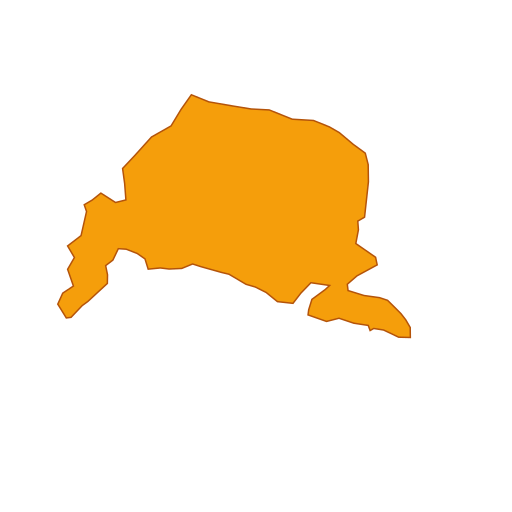 outline of Maronas, Paphos, Cyprus, rotated 30°
{"feature_id": "46923920B90699774301121", "entity_name": "Maronas", "entity_type": "district", "adm_level": 2, "iso_a3": "CYP", "parent_name": "Cyprus", "parent_adm1": "Paphos", "projection": "natural_earth1", "projection_center": [32.67, 34.763], "detail": "fine", "context": "isolated", "style": "filled", "palette": "amber", "viewbox_px": 512, "rotation_deg": 30, "n_neighbors": 0, "source": "geoboundaries", "source_scale": "gbopen_adm2", "svg_char_len": 1289}
<svg xmlns="http://www.w3.org/2000/svg" viewBox="0 0 512 512"><g transform="rotate(30 256 256)"><path d="M392.1,263.5L394.2,259.9L403.5,256.3L420.1,255.0L430.4,249.4L425.3,240.8L417.6,236.4L410.5,233.5L403.2,231.5L392.1,228.6L383.8,230.3L369.3,236.2L353.0,239.9L349.2,234.8L353.3,222.9L353.5,222.5L365.4,203.1L362.6,200.0L360.2,197.3L336.2,195.3L331.6,182.1L326.7,174.9L330.6,168.1L316.3,135.6L307.5,120.8L299.2,112.3L284.4,110.7L266.5,107.5L255.1,107.5L254.3,107.6L238.0,109.9L219.0,119.4L194.4,122.9L178.3,131.1L160.9,137.7L138.1,146.1L119.4,148.7L117.8,166.4L117.4,185.8L106.0,205.2L100.7,230.0L96.7,246.9L106.0,258.9L115.3,272.5L107.6,279.9L90.2,279.1L86.2,289.4L81.6,297.5L87.0,302.2L94.3,325.8L87.8,341.5L99.5,348.1L99.5,361.7L112.9,373.3L107.2,384.8L108.4,396.8L122.7,404.5L126.5,401.6L130.3,385.8L133.1,379.5L137.0,366.9L141.0,354.1L136.8,346.5L130.6,339.5L134.1,331.1L133.1,318.5L140.2,315.0L151.9,313.2L161.3,314.0L169.2,321.3L179.1,314.2L187.3,310.7L197.9,303.9L205.1,294.6L213.5,292.8L234.3,287.5L241.7,285.3L261.5,285.5L270.9,283.2L283.0,282.5L297.4,284.8L311.7,278.5L313.4,265.8L316.9,251.7L334.5,244.7L332.7,250.5L326.1,265.6L328.5,276.2L330.5,281.0L349.8,277.4L359.0,268.4L374.3,265.3L387.9,260.0L392.1,263.5Z" fill="#f59e0b" stroke="#b45309" stroke-width="1.5"/></g></svg>